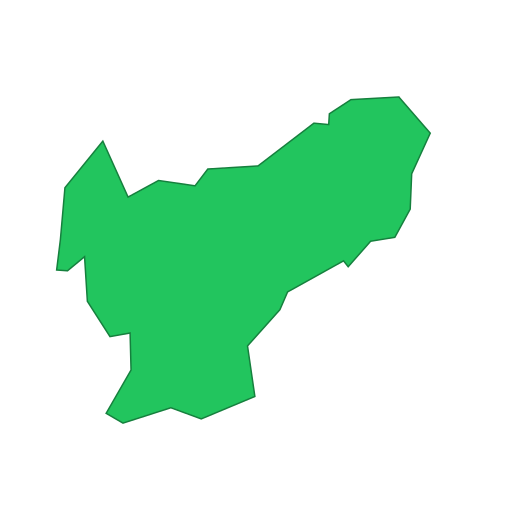 the district of Mundri West, Western Equatoria, South Sudan, rotated 257°
{"feature_id": "79223893B75409904988016", "entity_name": "Mundri West", "entity_type": "district", "adm_level": 2, "iso_a3": "SSD", "parent_name": "South Sudan", "parent_adm1": "Western Equatoria", "projection": "albers", "projection_center": [30.244, 5.152], "detail": "fine", "context": "isolated", "style": "filled", "palette": "green", "viewbox_px": 512, "rotation_deg": 257, "n_neighbors": 0, "source": "geoboundaries", "source_scale": "gbopen_adm2", "svg_char_len": 618}
<svg xmlns="http://www.w3.org/2000/svg" viewBox="0 0 512 512"><g transform="rotate(257 256 256)"><path d="M378.7,431.0L378.8,431.0L387.0,383.7L378.1,359.5L367.7,356.4L372.4,342.3L343.3,278.2L351.6,228.6L338.1,212.4L351.5,178.0L342.2,144.6L402.4,132.6L365.5,85.2L315.7,69.0L287.2,58.6L284.0,69.0L293.9,88.8L249.8,81.5L210.3,95.6L209.3,116.0L173.0,108.6L136.4,74.6L123.1,88.8L127.3,138.9L109.6,166.0L119.4,223.3L170.3,227.5L198.3,267.2L213.9,278.7L231.6,340.2L224.8,343.4L244.6,371.0L243.0,395.5L267.0,416.8L301.1,426.2L336.5,453.4L363.2,439.2L378.7,431.0Z" fill="#22c55e" stroke="#15803d" stroke-width="1.5"/></g></svg>